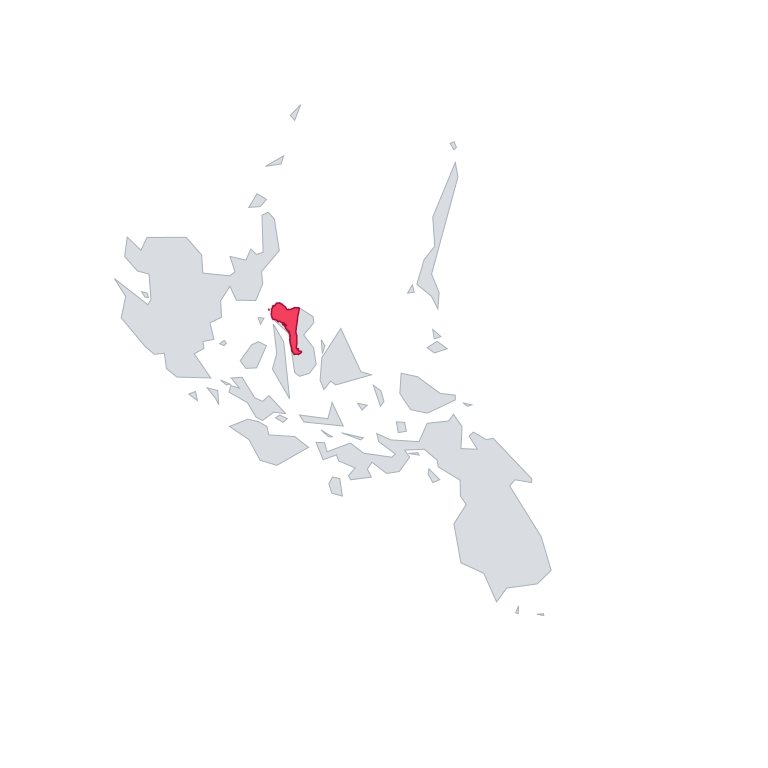 location of Negros Oriental, Negros Oriental, Philippines, rotated 148°
{"feature_id": "2640588B56610026740587", "entity_name": "Negros Oriental", "entity_type": "district", "adm_level": 2, "iso_a3": "PHL", "parent_name": "Philippines", "parent_adm1": "Negros Oriental", "projection": "albers", "projection_center": [123.112, 9.739], "detail": "fine", "context": "in_parent", "style": "filled", "palette": "rose", "viewbox_px": 768, "rotation_deg": 148, "n_neighbors": 0, "source": "geoboundaries", "source_scale": "gbopen_adm2", "svg_char_len": 8467}
<svg xmlns="http://www.w3.org/2000/svg" viewBox="0 0 768 768"><g transform="rotate(148 384 384)"><path d="M360.0,133.3L388.1,145.9L404.0,139.6L399.7,170.5L413.5,191.6L398.8,228.4L378.2,238.2L378.6,248.5L370.4,262.0L381.9,285.1L379.3,291.2L384.5,307.4L401.5,316.9L401.1,308.3L417.5,301.7L429.2,306.8L435.7,324.0L443.2,320.6L444.0,311.7L463.1,320.5L462.7,325.1L452.9,328.1L463.2,342.8L461.9,349.1L475.7,352.0L472.6,370.5L465.5,365.7L468.2,356.7L443.7,351.7L438.0,336.1L416.2,317.8L411.4,318.6L419.0,337.9L416.4,345.8L407.8,333.0L384.9,316.5L368.2,327.8L348.9,318.4L341.1,321.5L340.4,306.4L353.0,288.5L339.4,279.2L339.4,294.8L333.7,295.9L326.6,282.5L320.2,280.2L308.9,225.1L311.1,222.3L323.6,233.3L331.5,231.0L331.6,171.2L341.0,137.4L360.0,133.3ZM527.7,480.9L555.9,499.6L560.3,512.3L554.0,526.4L562.9,530.8L566.6,541.8L571.8,579.4L556.7,595.1L556.8,616.4L542.2,576.3L536.9,579.1L525.0,601.7L533.2,610.5L536.4,629.6L523.9,644.6L519.3,626.2L507.4,633.9L474.0,613.2L470.3,590.0L478.9,574.1L457.7,557.6L450.9,558.0L447.0,573.8L435.5,562.2L425.5,569.0L423.5,561.4L416.7,559.8L398.1,591.7L391.1,591.0L389.6,581.9L402.1,552.6L428.2,544.3L433.7,533.3L448.6,522.7L464.8,533.4L462.9,548.5L478.4,541.3L486.4,526.7L499.2,528.1L504.5,512.0L515.1,516.0L517.7,509.7L529.0,510.1L527.7,480.9ZM444.2,500.3L431.5,508.7L426.5,498.4L414.7,492.0L408.4,478.6L411.2,473.1L426.1,468.2L424.6,451.8L431.1,436.7L441.7,432.5L451.5,435.3L453.7,440.9L438.0,477.0L444.2,500.3ZM518.0,371.8L529.5,385.0L528.0,408.5L537.6,429.9L518.1,426.3L510.4,418.6L505.8,410.0L508.7,401.9L487.5,386.7L481.6,370.3L518.0,371.8ZM389.9,398.5L425.5,408.8L427.7,414.8L437.8,411.1L436.3,420.9L422.8,439.2L391.2,454.0L397.1,406.8L389.9,398.5ZM254.2,499.7L206.2,534.0L211.6,520.4L285.4,452.0L288.8,432.4L298.5,419.2L297.3,433.3L303.3,451.2L283.9,468.3L268.0,473.9L254.2,499.7ZM332.0,332.7L362.7,336.3L375.0,348.2L375.6,367.6L363.8,384.0L351.7,372.4L341.5,346.5L329.5,336.8L332.0,332.7ZM492.6,418.6L506.3,417.4L510.1,423.7L509.7,440.5L519.7,459.2L514.8,463.9L508.8,456.9L510.4,470.1L500.8,464.9L500.9,440.7L496.1,433.6L487.7,435.1L483.1,411.1L492.6,418.6ZM446.1,493.3L446.7,472.9L471.9,421.4L470.7,455.8L458.9,466.6L446.1,493.3ZM493.6,479.9L475.3,487.4L468.1,486.4L463.4,478.8L483.5,465.2L492.9,470.5L493.6,479.9ZM440.8,369.9L471.9,394.1L472.1,402.5L450.0,384.3L437.8,395.8L440.8,369.9ZM483.7,328.5L476.9,332.5L471.6,327.3L478.7,311.0L486.1,319.1L483.7,328.5ZM405.1,605.4L390.8,612.7L385.9,602.9L394.8,600.0L405.1,605.4ZM311.7,380.4L324.9,383.7L328.1,391.9L316.4,392.0L311.7,380.4ZM390.1,332.1L397.7,335.2L393.5,345.3L386.8,340.5L390.1,332.1ZM354.6,625.1L369.2,631.4L348.2,630.7L354.6,625.1ZM536.1,474.6L528.5,466.6L535.1,453.9L534.4,461.6L536.1,474.6ZM398.8,367.1L393.7,388.6L390.2,379.7L393.3,369.2L398.8,367.1ZM320.1,654.9L321.1,661.4L306.5,665.1L320.1,654.9ZM394.8,274.6L394.3,284.3L390.9,288.3L387.4,273.3L394.8,274.6ZM420.2,442.4L413.8,454.9L413.8,447.7L420.2,442.4ZM317.4,395.6L313.8,404.4L310.6,394.1L317.4,395.6ZM493.9,412.7L489.0,413.0L484.3,405.9L490.1,405.1L493.9,412.7ZM416.5,373.5L416.5,381.6L409.5,374.9L416.5,373.5ZM554.9,479.0L547.8,477.5L551.0,468.8L554.9,479.0ZM433.4,349.0L445.9,365.2L430.1,349.3L433.4,349.0ZM315.8,448.6L307.4,453.1L309.8,445.8L315.8,448.6ZM457.2,500.0L455.6,507.0L450.9,503.5L457.2,500.0ZM459.0,368.8L461.8,378.4L455.7,366.3L459.0,368.8ZM200.5,552.9L196.2,552.4L197.2,546.3L200.5,545.6L200.5,552.9ZM502.0,505.3L496.5,505.7L496.0,502.0L499.3,501.3L502.0,505.3ZM540.7,590.9L536.7,586.6L537.9,582.1L540.6,584.3L540.7,590.9ZM324.8,320.7L327.1,326.2L320.6,319.8L324.8,320.7ZM518.3,466.8L520.5,474.0L514.5,465.3L518.3,466.8ZM393.6,120.2L387.4,124.6L391.9,118.1L393.6,120.2ZM400.1,312.2L391.8,307.9L391.9,305.1L400.1,312.2ZM371.2,102.9L376.4,107.9L370.5,104.6L371.2,102.9Z" fill="#d9dde1" stroke="#a8b0b8" stroke-width="1"/><path d="M415.7,493.5L416.0,493.9L416.2,494.0L416.4,494.2L416.5,494.3L416.7,494.5L416.9,494.4L417.2,494.5L417.8,495.1L418.0,495.2L418.5,495.5L419.0,496.1L419.4,496.0L419.6,496.0L420.0,496.2L420.3,496.3L420.5,496.1L420.9,496.3L420.8,496.2L421.0,496.3L421.6,496.3L422.1,496.6L423.3,496.6L423.8,496.8L423.7,496.9L424.0,496.8L424.4,497.0L424.9,497.3L425.4,497.9L425.6,497.9L425.6,498.0L426.1,498.0L426.4,498.1L426.6,498.2L426.6,498.3L426.9,498.7L426.9,498.8L426.8,499.1L426.9,499.7L427.0,500.4L426.8,500.8L426.7,501.0L427.0,501.9L427.0,502.3L427.4,502.8L427.4,503.2L427.6,503.6L427.8,504.5L428.0,504.7L428.1,505.0L428.2,505.4L428.1,505.6L428.4,505.7L428.5,506.1L428.7,506.3L429.0,506.9L429.2,507.7L429.4,508.1L429.7,508.1L429.8,508.2L430.4,508.3L430.8,508.6L431.0,508.8L431.1,509.0L431.6,509.1L431.9,509.3L432.3,509.5L432.5,509.5L432.8,509.2L433.0,509.1L433.7,509.1L434.0,509.0L434.4,508.5L434.6,508.4L435.2,508.5L435.4,508.6L435.6,508.7L436.1,508.9L436.3,508.8L436.5,508.8L436.4,508.7L436.6,508.7L436.8,508.6L436.6,508.9L436.3,508.9L436.4,509.2L436.7,509.2L436.8,509.2L437.1,508.7L437.3,508.6L437.3,508.3L437.5,508.2L437.6,508.3L438.0,508.1L438.2,507.9L438.4,507.6L438.5,507.6L438.7,507.4L439.3,507.3L439.6,507.3L439.6,507.1L439.9,506.7L440.0,506.3L441.1,505.1L441.3,504.5L441.9,503.8L442.2,503.7L442.3,503.3L442.6,503.0L442.8,502.7L442.9,502.2L443.0,502.0L443.1,501.9L443.3,501.3L443.4,500.7L443.4,500.3L443.6,499.8L443.7,499.5L443.8,499.2L443.7,498.8L443.8,498.7L443.8,498.8L443.9,498.6L443.7,497.9L443.8,497.9L443.7,497.6L443.3,497.1L442.8,496.8L442.5,496.7L442.4,496.6L442.1,496.5L442.0,496.2L441.8,496.0L441.6,495.4L441.3,495.1L441.1,494.6L441.1,494.4L440.8,494.3L440.9,493.7L441.0,493.4L440.9,493.2L440.7,493.0L440.7,492.8L440.5,492.7L440.0,492.6L439.2,492.4L439.0,492.2L438.9,492.2L438.8,491.9L438.7,491.4L438.5,490.8L438.0,490.1L438.0,489.8L437.9,489.9L437.7,489.7L437.6,489.4L437.5,489.6L437.4,489.6L437.4,489.2L437.4,489.6L437.1,489.6L436.5,489.3L436.4,489.3L436.4,489.5L436.4,489.4L436.6,488.8L436.7,488.5L436.9,488.0L437.0,488.2L437.3,487.9L437.4,488.0L437.7,488.3L437.7,488.5L437.5,488.8L437.8,488.9L437.9,488.5L438.1,488.3L437.9,488.2L437.7,488.0L437.7,487.7L437.8,487.6L437.5,487.5L437.4,487.6L437.3,487.4L437.3,487.6L437.1,487.6L437.1,487.4L437.1,487.2L436.8,487.2L436.6,487.0L436.6,487.5L436.5,487.4L436.4,487.4L436.5,487.1L436.4,487.1L436.2,486.8L436.2,486.6L435.9,486.5L435.9,486.3L435.8,486.2L436.1,485.8L436.3,485.7L436.2,485.6L436.0,485.4L436.3,485.3L436.4,485.2L436.5,485.2L436.7,485.3L436.8,485.2L437.1,485.3L437.3,485.3L437.5,485.5L437.7,485.8L437.7,486.1L437.8,486.1L437.7,486.1L437.6,485.6L437.5,485.4L437.5,484.8L437.6,484.6L437.6,484.4L437.6,484.0L437.9,483.5L437.9,483.1L437.8,482.7L437.6,482.3L437.7,482.2L437.6,481.8L437.7,481.4L437.6,481.1L437.4,480.9L437.3,480.7L437.5,480.6L437.6,480.3L437.4,480.0L437.4,479.6L437.2,479.7L436.9,479.4L437.0,479.3L437.1,479.5L437.2,479.4L437.3,478.8L437.1,478.4L436.9,478.4L436.9,478.2L437.0,478.1L436.8,478.0L436.9,477.9L437.1,478.0L437.1,477.9L437.1,477.7L437.3,477.5L437.4,477.4L437.5,477.4L437.6,477.2L437.5,476.9L437.6,476.3L437.4,475.9L437.6,475.4L437.8,475.2L437.8,474.9L438.3,474.8L438.6,474.6L438.7,474.4L438.6,474.0L438.7,473.8L438.8,473.4L439.0,473.3L439.1,473.2L439.3,472.9L439.4,472.7L439.6,472.3L439.8,472.1L440.0,471.8L440.6,471.5L440.5,471.0L440.6,470.8L440.9,470.6L441.0,470.2L441.0,469.8L441.2,469.7L441.3,469.5L441.4,469.1L441.5,469.0L441.5,468.7L441.9,468.3L441.9,468.1L442.0,468.0L442.0,467.6L442.1,467.4L442.2,467.1L442.5,466.8L442.5,466.6L442.7,466.2L442.6,465.8L442.6,465.7L442.6,465.2L442.7,464.8L442.8,464.6L442.8,464.3L442.9,464.2L443.1,464.1L443.2,463.9L443.3,463.9L443.4,463.6L443.4,463.4L443.5,463.2L443.5,462.9L443.7,462.7L443.9,462.6L444.1,462.3L444.1,462.0L444.3,461.7L444.3,461.1L444.5,461.0L444.4,460.8L444.6,460.7L444.6,460.4L444.5,460.1L444.4,459.7L444.5,459.6L444.5,459.0L444.5,458.8L444.5,458.6L444.3,458.1L444.5,457.8L444.5,457.6L444.5,457.3L444.6,456.7L441.4,455.3L441.2,455.3L441.1,455.2L441.3,455.1L441.2,454.7L440.9,454.4L440.7,454.5L440.6,454.3L440.2,454.3L439.7,454.5L439.5,454.4L437.3,454.5L436.8,455.4L437.9,456.4L438.7,457.2L438.8,457.6L438.8,458.2L438.8,458.4L438.9,458.5L438.6,458.6L438.8,458.9L438.5,459.1L438.4,459.1L438.2,459.2L438.0,459.3L438.2,459.6L439.1,459.7L439.3,460.9L439.0,461.4L436.0,465.1L434.5,467.8L432.3,471.2L431.9,472.8L431.1,475.1L429.1,477.4L428.1,478.8L424.1,483.4L421.0,487.5L419.4,488.9L417.5,491.0L415.9,492.8L415.9,493.0L415.8,493.3L415.7,493.5ZM442.3,507.7L442.1,507.8L442.1,508.2L442.4,508.0L442.3,507.7ZM437.4,486.6L437.2,486.7L437.3,486.8L437.5,486.7L437.4,486.6Z" fill="#f43f5e" stroke="#9f1239" stroke-width="1.5"/></g></svg>